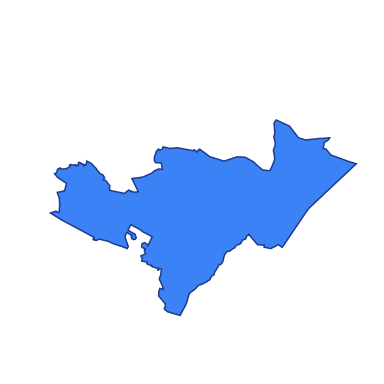 Baltinavas pag., Baltinavas, Latvia, rotated 30°
{"feature_id": "27541924B38825642429303", "entity_name": "Baltinavas pag.", "entity_type": "district", "adm_level": 2, "iso_a3": "LVA", "parent_name": "Latvia", "parent_adm1": "Baltinavas", "projection": "orthographic", "projection_center": [27.586, 56.922], "detail": "fine", "context": "isolated", "style": "filled", "palette": "blue", "viewbox_px": 384, "rotation_deg": 30, "n_neighbors": 0, "source": "geoboundaries", "source_scale": "gbopen_adm2", "svg_char_len": 5681}
<svg xmlns="http://www.w3.org/2000/svg" viewBox="0 0 384 384"><g transform="rotate(30 192 192)"><path d="M133.2,210.4L145.4,218.6L142.0,221.2L136.2,222.0L134.3,226.6L134.0,227.2L132.9,227.4L121.6,231.2L119.9,231.6L119.2,230.5L119.0,230.2L118.6,229.8L117.9,227.8L111.3,225.1L110.0,225.7L109.8,225.6L109.5,225.6L108.9,225.4L109.1,225.0L109.1,224.2L109.3,223.8L109.3,223.5L106.7,221.9L105.0,221.8L104.3,222.0L103.0,222.2L102.8,222.1L102.0,221.7L101.3,221.2L99.1,220.6L97.8,219.8L96.7,219.4L94.6,218.8L93.5,218.6L92.7,218.2L91.4,217.9L90.9,217.7L90.4,217.6L86.7,217.7L85.9,218.0L85.7,217.9L85.4,217.8L86.6,221.6L85.0,222.3L85.5,223.3L84.9,223.5L83.9,222.3L83.4,222.3L82.0,222.9L81.8,222.5L79.6,222.7L78.9,223.2L79.1,223.4L79.6,224.7L80.1,225.3L79.1,226.2L79.3,226.6L79.0,227.2L77.8,226.6L77.5,226.6L77.3,226.7L76.9,227.3L75.9,227.7L75.6,228.3L74.3,228.9L73.9,228.6L73.6,228.7L72.5,229.7L72.5,229.9L72.5,230.0L73.7,231.0L71.7,234.2L70.0,235.9L66.5,237.7L66.4,237.7L65.9,237.1L64.7,238.5L64.9,238.8L64.3,239.5L64.3,240.3L65.2,242.9L64.7,243.7L63.8,244.8L64.8,245.3L68.4,246.6L79.1,247.3L80.2,251.6L80.7,253.2L80.8,254.2L80.9,254.4L81.1,254.6L77.6,257.9L75.5,259.7L75.9,260.0L76.0,260.2L80.3,263.8L82.5,267.3L82.8,267.8L84.2,269.9L85.4,272.6L86.1,274.0L86.9,275.4L87.1,276.0L86.7,276.5L83.7,276.6L79.9,281.0L92.3,281.4L129.8,280.2L129.9,282.1L130.2,281.9L131.0,281.8L131.1,282.5L133.7,281.6L134.8,279.3L144.0,276.6L147.8,276.3L151.1,275.8L151.8,275.7L153.7,275.2L153.7,275.3L156.7,274.7L158.2,274.3L160.3,274.0L164.2,273.3L164.0,272.9L164.2,271.2L159.4,267.1L157.8,265.6L156.1,263.9L155.8,259.6L161.7,259.8L161.6,260.9L163.3,262.6L165.3,262.3L166.4,261.4L166.6,259.6L163.9,257.0L155.6,257.1L155.3,250.8L160.5,250.7L161.9,250.6L167.1,250.6L169.1,251.1L172.9,250.8L179.9,250.7L180.7,260.7L178.7,259.5L176.2,259.6L174.6,261.6L175.6,264.3L176.5,265.1L180.0,264.5L180.4,265.5L179.8,265.7L180.1,266.8L182.7,268.6L181.7,270.2L180.8,271.4L179.7,272.5L180.1,273.4L181.2,274.0L182.2,274.0L182.9,277.0L186.2,275.9L186.9,275.1L188.4,275.4L188.6,276.7L190.3,276.7L193.9,275.7L194.0,276.6L194.6,276.7L201.0,275.1L201.2,276.6L202.1,276.4L202.1,274.5L203.7,274.2L204.2,274.0L204.8,275.7L204.8,276.0L206.4,279.7L206.8,282.1L207.1,283.6L207.4,283.9L213.4,288.1L215.8,290.8L213.9,291.1L212.3,291.6L213.0,294.7L215.1,298.7L224.4,302.1L224.7,302.1L226.3,305.1L226.0,306.5L227.7,307.6L229.8,307.8L231.3,307.9L231.4,307.7L231.6,307.6L238.9,306.0L241.8,305.2L243.4,304.9L243.1,294.7L242.9,291.9L242.7,290.6L242.3,288.5L241.7,288.1L241.9,287.4L241.5,286.3L241.5,285.9L241.1,284.1L240.7,283.2L240.6,280.8L241.3,279.1L241.9,277.6L242.1,277.1L242.3,276.6L242.7,275.6L242.8,275.4L242.9,275.2L243.0,274.8L243.0,274.7L243.3,274.3L243.3,274.1L243.4,273.7L243.6,272.8L243.7,272.6L243.9,271.4L244.0,271.0L244.1,270.8L244.1,270.6L244.0,270.3L244.0,270.1L244.6,269.5L244.8,269.2L245.2,268.7L245.3,268.6L245.4,268.4L245.8,267.9L245.9,267.7L246.0,267.7L246.6,266.9L246.9,266.5L247.2,266.3L248.4,264.2L249.0,263.3L249.8,262.3L249.8,262.0L249.8,261.4L249.8,261.2L250.2,260.7L250.6,260.4L251.2,259.4L251.3,257.7L250.9,256.6L250.9,256.3L251.2,255.9L251.3,255.6L251.3,255.4L251.1,254.7L251.3,254.3L252.4,252.7L252.5,252.5L252.4,252.2L251.8,250.2L251.7,249.7L251.9,246.3L251.8,246.0L251.8,245.4L251.8,245.2L252.1,244.4L252.0,244.1L251.8,243.6L251.8,243.3L251.9,241.9L251.9,241.3L252.0,241.1L252.6,240.8L252.9,240.6L253.1,240.2L253.3,239.9L253.3,239.2L253.6,237.2L253.3,236.5L253.2,235.2L253.0,234.6L252.6,234.2L252.4,234.1L252.4,233.6L252.2,232.3L251.9,231.4L251.7,231.0L251.8,229.4L251.6,228.5L251.6,228.4L252.2,226.3L252.4,225.9L252.5,225.7L253.8,224.7L254.3,224.2L255.8,220.4L256.0,220.1L256.4,219.8L256.6,219.6L256.7,219.3L256.8,219.0L256.9,218.1L257.0,217.0L257.1,216.3L257.1,216.1L257.8,215.0L258.7,214.3L259.4,213.1L260.0,212.0L260.0,211.8L259.7,211.0L259.7,210.7L259.9,209.9L259.9,208.6L260.0,208.4L260.3,207.8L260.6,207.3L261.4,206.7L261.5,206.6L262.0,205.5L262.0,205.3L261.9,205.0L261.4,203.0L261.3,202.6L261.5,202.3L262.2,201.6L262.3,201.4L262.4,201.1L262.3,200.9L262.2,200.4L262.2,200.2L275.1,204.9L281.2,201.9L282.0,203.8L288.5,201.6L291.7,196.8L292.7,194.5L297.8,194.8L300.8,153.1L301.3,147.9L304.7,136.6L307.1,128.7L308.2,124.7L308.9,122.8L310.6,116.9L320.2,85.4L312.1,87.3L299.6,89.5L293.8,90.5L286.3,87.8L283.9,89.0L283.4,87.5L281.8,82.8L282.6,81.4L283.9,79.2L284.2,77.0L284.3,76.2L284.1,76.1L279.2,79.7L275.1,82.3L271.4,85.1L270.3,85.8L269.1,86.7L266.5,88.5L264.0,90.3L257.0,91.8L243.5,86.2L228.9,87.5L228.6,89.9L228.7,91.6L229.7,92.8L230.5,93.9L234.5,100.0L234.5,100.3L235.3,103.3L238.8,107.1L239.2,107.4L239.3,107.4L239.9,108.4L240.3,109.3L240.7,110.4L241.0,111.8L241.3,113.9L241.6,114.9L241.9,115.6L242.5,116.3L246.3,120.7L246.8,121.4L247.0,121.8L247.1,122.2L247.4,123.3L248.1,126.8L248.3,128.4L248.7,132.8L248.7,133.5L248.7,134.8L242.1,137.6L234.4,136.2L232.1,135.6L230.5,135.2L223.5,135.2L220.7,135.4L219.9,135.7L216.5,137.4L215.1,138.4L214.6,138.4L213.9,138.6L211.7,141.0L204.4,149.1L202.3,149.9L199.9,150.2L198.0,150.6L196.8,151.0L192.6,151.8L190.8,152.5L190.5,152.5L187.7,152.3L183.3,151.7L180.0,151.4L177.4,151.0L176.5,152.1L177.0,152.8L177.0,153.0L176.2,153.6L176.0,153.9L176.0,154.3L176.2,155.0L176.0,154.9L175.5,154.9L175.1,155.1L174.4,154.6L173.4,154.3L173.2,154.2L172.8,154.3L172.6,154.6L172.5,155.6L172.4,155.6L157.2,161.0L151.3,165.2L144.3,167.4L144.8,169.3L143.4,172.0L141.6,171.5L140.8,174.1L141.8,179.7L142.2,181.2L144.1,184.0L145.8,184.8L150.9,182.3L154.8,186.9L154.9,187.1L151.7,188.7L151.5,188.9L149.0,192.2L149.1,192.3L147.8,195.2L147.8,195.8L147.7,196.0L146.9,197.1L146.4,197.6L142.0,203.6L137.7,207.0L133.4,210.2L133.2,210.4Z" fill="#3b82f6" stroke="#1e3a8a" stroke-width="1.5"/></g></svg>